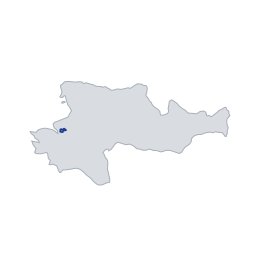 location of Kangnam, P'yŏngyang, North Korea, rotated 42°
{"feature_id": "82179303B41089875582012", "entity_name": "Kangnam", "entity_type": "district", "adm_level": 2, "iso_a3": "PRK", "parent_name": "North Korea", "parent_adm1": "P'yŏngyang", "projection": "robinson", "projection_center": [125.6, 38.866], "detail": "fine", "context": "in_parent", "style": "filled", "palette": "blue", "viewbox_px": 256, "rotation_deg": 42, "n_neighbors": 0, "source": "geoboundaries", "source_scale": "gbopen_adm2", "svg_char_len": 3638}
<svg xmlns="http://www.w3.org/2000/svg" viewBox="0 0 256 256"><g transform="rotate(42 128 128)"><path d="M150.7,180.9L149.9,181.4L148.4,184.0L147.0,187.3L145.6,189.0L144.1,190.0L142.4,190.6L139.0,190.8L135.9,190.6L134.9,190.3L130.7,190.5L129.6,190.7L123.5,190.5L120.4,190.7L118.4,191.4L116.3,192.7L114.6,194.7L113.1,196.8L109.9,200.7L107.7,202.6L107.7,205.4L107.7,206.2L106.9,206.8L106.6,206.5L105.4,206.3L100.2,203.8L96.0,205.3L94.9,207.3L93.8,208.0L92.1,204.1L89.4,204.0L85.0,200.5L83.1,201.2L82.6,202.6L80.2,205.8L76.9,208.4L75.8,208.7L74.6,208.5L74.7,207.8L73.4,204.9L68.1,203.7L66.2,202.5L65.2,202.2L70.4,198.9L71.8,198.3L70.7,197.6L69.6,197.2L65.4,197.7L63.2,196.6L59.9,197.0L57.7,196.1L62.4,192.9L62.6,191.0L62.5,189.6L64.9,185.3L67.3,183.0L73.4,179.6L76.0,179.2L78.0,179.3L79.6,179.0L77.9,177.7L76.3,177.1L73.1,177.3L69.8,175.3L69.5,173.3L75.9,160.5L76.0,159.3L75.0,156.2L74.7,153.2L70.1,151.4L68.1,151.2L62.3,147.8L60.0,146.1L59.1,146.6L58.9,149.3L58.1,149.9L56.5,150.5L55.8,147.3L54.5,145.1L50.7,142.8L49.3,141.5L50.0,138.8L49.6,138.5L50.3,135.5L52.7,133.1L58.5,128.9L60.0,127.0L62.9,124.6L64.2,124.7L65.6,124.5L66.0,123.5L66.3,122.7L67.5,122.0L70.3,120.7L73.6,119.0L76.1,118.5L79.3,116.0L80.5,114.9L81.8,114.9L82.2,114.4L82.9,113.1L83.9,112.2L85.3,112.1L87.6,111.5L90.4,111.1L92.3,109.0L93.0,107.5L94.3,105.8L97.0,104.0L98.9,101.3L100.9,98.4L101.9,97.5L102.9,97.3L103.4,96.2L104.1,93.1L105.0,90.1L105.6,88.6L108.0,87.1L108.6,86.3L109.1,86.1L110.2,86.3L111.7,85.4L113.1,84.4L114.4,84.7L115.7,85.6L117.0,87.2L117.6,88.6L118.7,89.7L118.9,91.3L120.0,92.0L122.3,92.3L126.0,93.4L128.4,93.5L129.8,94.3L132.7,94.8L138.4,94.1L140.8,94.5L141.8,95.5L143.2,96.3L144.2,96.4L145.4,95.0L146.8,92.7L147.6,91.0L147.6,89.7L146.8,88.2L144.9,86.8L143.6,84.7L142.4,82.6L141.7,81.9L141.1,80.8L141.0,79.2L141.4,78.1L144.2,77.4L147.9,76.9L150.8,77.4L155.8,77.1L158.8,76.5L161.1,76.6L163.1,76.5L164.0,75.6L166.9,73.4L168.3,72.6L169.8,71.1L170.0,69.5L170.3,68.2L171.1,66.8L172.6,65.1L173.9,64.3L175.3,64.4L176.9,65.2L177.8,66.0L178.9,65.8L179.8,64.4L180.4,64.2L182.1,64.1L182.6,63.2L183.2,59.3L183.8,56.2L183.9,54.0L185.4,50.5L185.9,48.3L186.7,47.3L187.8,47.4L188.7,48.0L189.8,48.4L191.3,48.0L192.4,48.6L193.0,49.7L195.3,50.5L195.5,51.1L195.5,55.0L196.8,56.8L198.4,58.5L200.6,60.0L201.8,60.3L202.6,61.4L203.3,63.2L204.9,65.0L205.8,66.4L206.0,67.7L206.7,68.5L205.5,69.3L203.8,68.8L201.0,68.5L197.5,71.2L195.6,72.1L194.3,74.8L191.5,76.3L190.1,78.0L188.1,80.9L186.9,83.6L184.0,86.5L182.3,90.0L182.3,93.1L184.2,96.2L184.5,98.9L183.2,104.4L184.1,110.2L183.3,112.5L174.2,116.5L171.8,118.5L168.5,123.7L164.4,125.6L161.9,127.7L158.4,129.0L156.1,132.6L153.7,134.7L150.7,135.9L148.5,137.5L143.6,137.6L140.1,138.8L137.6,141.8L130.1,145.3L129.1,148.0L129.6,152.1L129.7,155.2L129.1,157.8L127.4,157.0L126.5,157.9L125.6,160.3L125.9,163.0L128.5,163.8L130.6,165.0L133.6,165.5L135.8,166.8L140.5,172.5L144.3,175.0L145.3,175.9L147.5,177.2L149.6,179.2L150.7,180.9ZM63.2,152.9L61.8,153.8L61.7,152.2L62.8,150.9L64.0,150.7L63.2,152.9Z" fill="#d9dde1" stroke="#a8b0b8" stroke-width="1"/><path d="M80.5,172.6L80.4,172.9L80.2,173.1L79.9,173.3L79.7,173.3L79.3,173.5L79.1,173.5L78.9,173.7L78.7,174.0L78.8,174.6L78.9,174.9L79.1,175.1L79.4,175.3L79.8,175.4L79.9,175.5L80.0,175.6L80.1,175.9L80.1,176.1L80.4,176.0L80.6,176.0L80.9,175.8L81.1,175.7L81.5,175.4L81.8,175.2L82.3,174.7L81.9,174.1L81.8,173.5L81.8,173.0L82.2,172.8L82.5,172.4L82.8,172.0L83.1,171.8L83.2,171.5L83.2,171.3L83.3,171.0L83.1,171.0L82.5,170.9L81.6,171.0L81.3,171.1L81.0,171.2L80.9,171.2L80.7,171.5L80.6,171.8L80.6,172.2L80.6,172.4L80.5,172.6L80.5,172.6Z" fill="#3b82f6" stroke="#1e3a8a" stroke-width="1.5"/></g></svg>